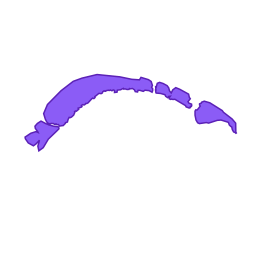 the district of Nukuoro, Federated States of Micronesia, rotated 232°
{"feature_id": "79324940B42418796879204", "entity_name": "Nukuoro", "entity_type": "district", "adm_level": 2, "iso_a3": "FSM", "parent_name": "Federated States of Micronesia", "parent_adm1": "", "projection": "orthographic", "projection_center": [154.968, 3.838], "detail": "fine", "context": "isolated", "style": "filled", "palette": "violet", "viewbox_px": 256, "rotation_deg": 232, "n_neighbors": 0, "source": "geoboundaries", "source_scale": "gbopen_adm2", "svg_char_len": 2538}
<svg xmlns="http://www.w3.org/2000/svg" viewBox="0 0 256 256"><g transform="rotate(232 128 128)"><path d="M196.1,79.0L191.3,70.4L185.9,68.3L182.7,67.7L180.7,68.0L179.2,69.0L179.0,70.2L177.2,72.2L176.3,72.2L175.6,72.8L175.6,73.8L174.3,74.1L173.7,75.2L171.6,75.4L170.3,77.7L169.8,78.4L170.2,81.5L170.7,82.0L170.0,83.9L171.7,86.2L172.6,88.2L171.8,88.7L171.4,90.2L171.6,93.1L173.1,95.8L173.8,96.0L173.8,96.9L173.0,97.7L173.1,100.7L174.3,100.9L173.2,104.0L173.2,104.9L174.5,105.2L174.2,106.9L173.2,107.5L173.0,108.7L173.4,109.7L172.7,110.6L172.4,112.0L173.3,117.2L173.3,118.5L172.2,119.2L172.3,120.8L173.2,121.2L173.1,122.4L173.2,126.4L171.6,128.0L171.4,129.4L172.1,130.4L172.0,132.1L171.1,132.4L170.7,133.1L171.0,133.6L169.8,135.9L169.3,136.1L168.9,136.7L168.9,137.4L167.2,138.3L167.1,139.8L165.9,140.5L164.3,139.2L163.0,141.4L164.4,142.9L162.7,145.7L162.1,148.7L161.2,148.6L160.7,149.7L158.9,151.0L157.8,152.6L158.2,153.4L157.3,154.1L156.4,155.8L154.1,156.6L152.2,156.1L150.5,157.7L151.5,159.1L150.4,160.5L147.5,162.6L147.3,164.7L144.5,167.6L141.4,169.0L142.2,170.4L143.7,171.6L145.6,171.7L146.4,173.4L150.4,174.9L153.5,173.9L159.9,169.4L158.9,166.7L164.0,161.0L173.4,153.0L189.2,136.5L195.6,122.5L198.5,113.6L198.6,98.3L196.1,79.0ZM83.7,213.0L97.5,208.0L102.2,204.6L103.0,201.9L102.5,201.0L103.0,199.3L102.2,198.6L100.8,198.4L100.0,195.3L99.7,193.5L100.6,192.5L100.0,191.2L96.8,188.7L92.4,186.5L89.2,186.1L87.5,187.0L84.1,193.0L82.2,194.6L79.1,203.0L77.0,206.2L71.1,210.3L70.4,210.5L68.0,209.7L65.8,210.0L65.0,210.4L62.5,209.2L59.9,208.8L58.6,209.6L57.4,209.8L57.4,210.3L58.3,210.4L65.5,215.8L71.0,215.6L81.6,212.9L83.7,213.0ZM169.2,45.8L164.9,43.7L164.7,49.1L168.3,58.4L169.5,70.1L169.9,73.1L171.5,74.0L172.9,72.8L174.8,70.8L177.1,69.1L179.2,67.5L180.7,66.8L181.7,66.1L187.0,63.7L187.4,59.4L186.7,55.8L184.7,54.7L181.0,54.7L179.8,54.4L181.8,53.3L183.7,48.2L184.2,41.3L182.7,40.5L177.6,40.2L172.2,42.5L172.1,45.8L172.9,50.7L169.2,45.8ZM141.0,173.1L138.8,171.8L138.2,171.7L135.1,175.0L131.5,177.6L129.8,177.2L127.5,177.9L127.4,178.9L127.8,179.5L127.0,180.9L126.4,178.9L125.6,178.5L124.2,179.3L124.1,180.0L122.8,181.0L121.8,182.6L110.3,187.1L108.8,186.8L106.1,188.5L105.7,189.4L106.0,189.9L106.4,190.0L106.5,190.8L106.0,191.1L106.3,191.9L107.7,192.8L110.1,191.3L111.8,191.5L112.7,195.1L114.4,195.2L117.4,196.6L126.7,192.6L130.4,190.5L130.5,186.8L129.0,183.6L131.7,183.6L134.6,184.8L137.3,184.9L141.4,183.1L144.5,181.0L145.2,178.6L142.9,175.4L143.4,175.1L140.8,173.4L141.0,173.1Z" fill="#8b5cf6" stroke="#5b21b6" stroke-width="1.5"/></g></svg>